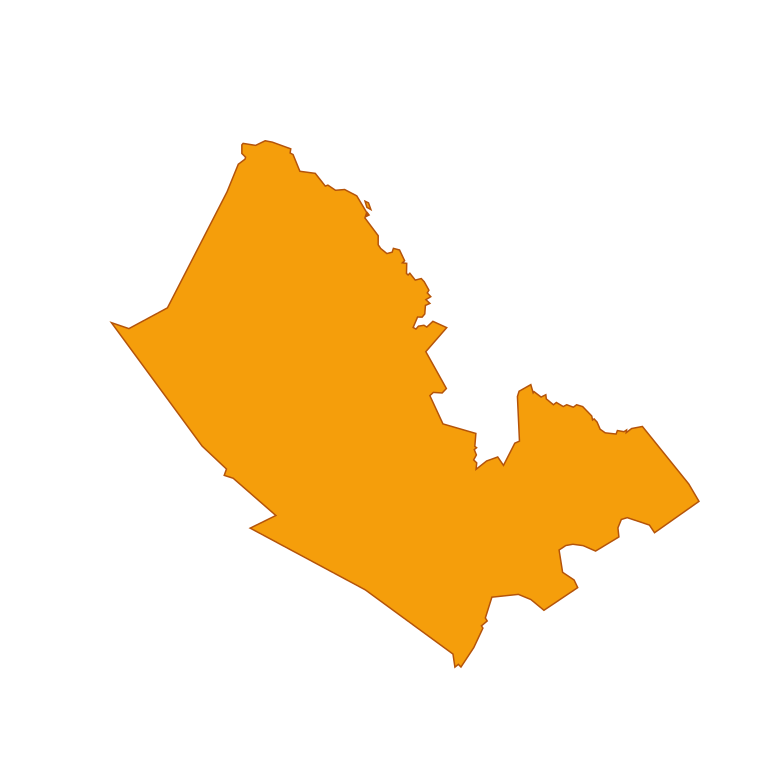 outline of Compostela Valley, Compostela Valley, Philippines, rotated 145°
{"feature_id": "2640588B76140513385915", "entity_name": "Compostela Valley", "entity_type": "district", "adm_level": 2, "iso_a3": "PHL", "parent_name": "Philippines", "parent_adm1": "Compostela Valley", "projection": "albers", "projection_center": [125.86, 7.537], "detail": "medium", "context": "isolated", "style": "filled", "palette": "amber", "viewbox_px": 768, "rotation_deg": 145, "n_neighbors": 0, "source": "geoboundaries", "source_scale": "gbopen_adm2", "svg_char_len": 1973}
<svg xmlns="http://www.w3.org/2000/svg" viewBox="0 0 768 768"><g transform="rotate(145 384 384)"><path d="M193.3,107.2L191.7,127.3L196.7,201.0L206.7,205.5L213.5,205.2L211.7,207.2L214.8,207.3L219.5,212.0L222.6,209.9L230.8,217.1L232.9,223.0L231.3,230.6L231.9,234.9L233.8,234.9L232.2,238.6L234.2,251.5L238.1,256.5L242.2,256.4L246.2,262.2L250.1,262.7L253.4,270.0L257.1,269.8L259.6,278.7L257.6,282.4L262.8,283.2L265.5,291.7L266.9,291.2L264.1,299.3L277.5,300.6L281.9,297.2L305.8,259.5L310.8,260.5L332.8,248.8L332.7,259.0L344.1,262.1L357.5,261.3L353.3,266.2L354.1,270.4L349.0,272.9L347.7,278.5L344.7,278.7L345.4,280.8L337.1,290.8L358.6,317.5L353.1,348.2L348.4,348.8L341.5,343.3L335.5,344.5L331.2,386.5L300.3,394.2L308.0,407.3L316.3,406.1L317.6,409.2L322.6,411.6L326.3,410.7L327.7,413.6L318.1,419.6L314.4,416.9L310.4,418.0L305.0,424.6L300.2,423.7L301.3,429.1L295.6,428.7L296.3,433.8L293.4,435.1L292.4,444.7L293.0,449.0L298.8,451.2L299.3,459.9L301.7,459.5L302.2,461.6L296.2,469.8L299.4,472.7L296.4,473.2L294.4,484.9L298.5,489.7L301.7,487.3L306.8,489.2L309.0,496.9L308.9,501.4L303.7,508.8L304.4,531.0L299.8,534.4L298.4,553.7L304.7,565.9L312.6,570.5L315.9,579.1L318.6,579.8L319.5,596.0L330.9,606.5L326.9,624.1L328.4,627.1L325.5,630.1L336.7,646.1L341.8,651.4L352.3,653.1L361.4,661.9L363.3,661.4L368.2,654.4L367.3,649.2L368.9,647.9L377.3,647.6L402.4,631.4L517.7,570.6L561.2,575.7L572.1,590.6L568.6,437.5L561.8,404.7L567.3,400.8L561.6,393.3L548.0,338.3L576.3,342.7L517.4,226.1L482.4,123.2L488.3,111.4L483.9,111.7L483.3,108.0L461.6,116.6L443.0,127.3L442.9,130.0L435.4,130.7L435.2,134.2L417.9,147.5L394.6,134.6L387.3,123.2L382.8,106.9L342.1,106.1L340.7,114.4L345.7,127.3L335.8,147.6L327.7,147.4L321.2,144.4L313.6,137.4L306.5,125.8L279.3,124.0L274.9,132.0L267.3,136.9L261.4,135.0L247.5,116.2L247.7,107.0L193.3,107.2ZM294.7,534.4L292.8,541.3L294.7,544.6L296.7,538.5L294.7,534.4ZM302.2,531.4L299.3,531.0L299.4,533.6L302.2,531.4Z" fill="#f59e0b" stroke="#b45309" stroke-width="1.5"/></g></svg>